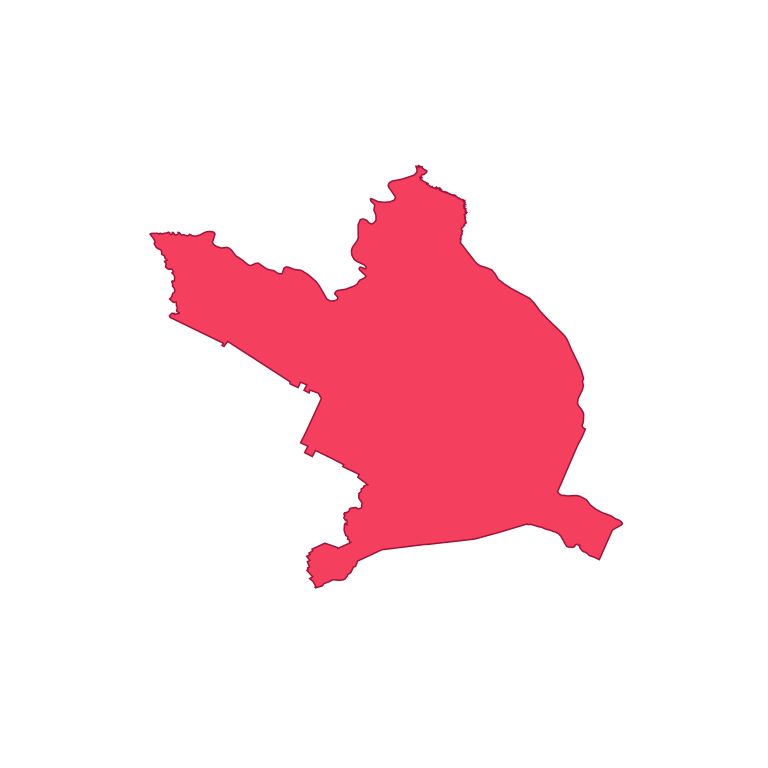 outline of San Francisco, Petén, Guatemala, rotated 114°
{"feature_id": "79465075B83427933273433", "entity_name": "San Francisco", "entity_type": "district", "adm_level": 2, "iso_a3": "GTM", "parent_name": "Guatemala", "parent_adm1": "Petén", "projection": "equal_earth", "projection_center": [-89.989, 16.624], "detail": "fine", "context": "isolated", "style": "filled", "palette": "rose", "viewbox_px": 768, "rotation_deg": 114, "n_neighbors": 0, "source": "geoboundaries", "source_scale": "gbopen_adm2", "svg_char_len": 6171}
<svg xmlns="http://www.w3.org/2000/svg" viewBox="0 0 768 768"><g transform="rotate(114 384 384)"><path d="M598.0,363.6L593.6,358.3L590.7,357.6L587.6,354.3L583.6,351.1L581.6,345.2L579.7,341.9L578.1,340.4L574.6,339.4L572.8,339.7L570.6,338.0L569.3,337.6L564.0,337.5L562.0,335.8L556.5,336.1L536.3,318.6L514.0,281.5L512.5,278.4L488.9,238.3L473.2,219.1L453.7,196.4L453.9,195.2L452.5,192.6L451.2,183.0L450.8,182.4L450.8,177.0L449.9,172.5L449.8,168.6L449.5,168.0L449.7,163.9L451.0,160.7L458.0,151.2L457.9,148.9L456.8,146.5L456.7,145.5L455.1,143.7L453.2,143.8L451.8,142.4L452.4,140.1L451.8,139.6L453.8,138.7L455.8,135.1L456.1,133.0L455.7,132.3L456.3,128.8L457.2,126.8L456.7,121.0L456.9,115.9L424.4,115.9L416.2,109.8L414.7,109.4L413.8,110.2L413.2,111.6L412.8,114.3L413.0,118.1L412.1,123.1L412.8,132.6L412.3,139.5L410.6,146.1L407.4,152.1L406.9,159.5L407.7,163.1L411.7,170.9L412.5,174.3L413.3,175.7L413.3,178.8L412.0,181.6L360.3,182.2L352.2,181.5L343.3,181.7L342.9,184.6L341.3,186.2L337.6,186.4L330.2,189.4L328.6,190.9L326.4,194.2L324.8,197.6L322.8,199.3L318.9,200.7L308.4,200.4L304.5,201.1L301.1,203.6L297.8,203.9L291.6,209.1L286.7,214.4L276.5,226.6L269.0,234.7L266.7,238.3L264.9,242.6L257.5,262.7L253.9,271.1L249.1,279.5L246.5,285.8L245.0,306.6L243.7,315.0L241.8,322.4L238.7,326.5L236.0,331.9L236.1,338.2L236.9,343.8L236.5,347.0L235.6,349.8L223.8,371.8L222.7,371.8L220.4,373.2L220.0,372.6L219.1,373.5L217.3,373.7L216.9,374.3L215.5,373.6L213.7,374.5L212.2,374.4L211.8,375.8L210.5,376.5L206.1,375.0L205.5,375.7L203.6,374.5L202.7,374.7L202.6,375.8L201.3,375.9L199.8,377.8L199.2,377.3L198.4,377.4L198.3,378.3L197.2,378.5L196.6,379.6L194.8,378.2L194.0,379.3L193.5,378.4L193.0,379.9L192.3,379.6L191.3,380.6L190.6,380.5L190.5,381.0L191.2,381.4L190.5,381.8L190.9,382.4L190.4,382.7L189.9,382.4L189.4,383.2L188.8,382.6L188.8,383.5L188.2,383.1L187.5,383.7L187.1,383.0L187.0,384.1L186.1,384.2L185.6,383.5L184.4,384.5L185.0,385.3L184.6,386.0L183.7,385.4L184.0,386.2L183.5,386.7L183.8,387.1L183.6,387.7L184.1,388.2L183.8,389.8L184.2,391.0L183.6,391.2L183.9,391.8L183.3,394.0L183.5,394.5L182.6,395.3L183.2,395.9L182.9,396.5L183.3,396.7L182.8,397.2L183.5,397.9L183.4,398.6L183.9,398.7L183.5,400.6L184.0,401.1L183.5,401.7L183.9,403.6L183.9,404.0L183.3,403.8L183.3,404.7L183.8,405.2L183.5,405.7L184.2,405.9L184.3,406.7L183.6,407.1L184.5,408.6L184.0,409.3L184.5,409.9L184.1,411.2L184.3,412.3L183.6,412.8L183.7,411.5L183.1,410.8L182.2,412.9L183.6,415.0L182.6,416.1L183.5,416.6L183.9,415.3L184.4,415.4L184.6,419.8L184.0,420.4L185.2,421.5L184.9,422.3L184.3,422.7L184.1,426.2L183.8,426.5L183.6,425.1L183.0,425.2L182.7,431.6L182.1,432.3L182.4,433.9L181.3,434.2L180.7,435.1L180.4,433.2L179.8,433.3L179.8,434.4L177.9,434.5L177.4,434.4L176.5,432.8L173.4,431.2L171.9,431.5L171.6,431.9L171.9,432.7L171.3,436.8L170.0,437.3L170.8,439.6L170.3,440.0L170.4,441.1L171.8,440.4L171.4,441.8L172.4,442.4L171.9,442.7L172.1,443.4L174.3,441.3L176.7,440.2L179.1,440.7L181.3,441.8L189.4,450.7L195.5,459.3L197.7,460.8L199.1,461.1L200.8,461.0L202.5,459.4L208.6,449.4L211.8,449.4L215.3,452.8L217.9,457.7L219.8,463.4L219.8,470.7L220.5,471.7L222.2,470.4L223.9,465.8L224.5,465.2L229.2,464.0L233.1,460.0L237.7,457.9L241.2,458.9L242.9,460.4L243.1,463.2L241.7,465.7L241.4,468.0L241.9,470.6L243.5,472.5L249.2,472.4L260.9,467.0L263.8,466.8L272.1,468.4L275.6,468.0L279.4,465.7L282.3,462.1L283.1,458.1L283.2,450.7L284.2,448.2L285.4,447.5L286.4,447.9L286.7,453.0L287.3,453.6L288.8,453.7L289.8,452.4L292.4,444.9L293.3,444.3L295.7,445.4L299.2,448.5L303.7,449.2L306.4,450.9L313.0,457.6L317.4,464.4L318.9,465.5L321.1,465.9L321.8,465.4L323.3,461.9L324.5,460.9L326.3,461.4L328.2,463.1L329.9,466.4L329.8,470.5L320.9,482.7L318.0,487.7L315.0,497.7L313.8,505.8L315.8,512.5L316.2,519.3L316.8,520.8L317.9,522.0L319.1,522.5L324.1,521.9L324.9,522.3L325.8,524.1L326.0,526.9L325.2,530.8L326.3,534.8L326.5,538.7L324.7,548.1L326.1,550.4L329.8,553.7L330.3,555.1L330.3,557.2L328.4,563.8L327.2,571.5L323.8,577.6L322.9,580.8L323.1,583.2L325.9,587.7L326.5,592.8L325.9,596.4L324.2,598.4L315.9,599.3L314.9,600.2L314.6,602.1L315.4,605.0L316.9,607.7L318.6,609.6L322.9,612.9L325.5,616.1L326.5,619.1L326.3,622.6L327.9,623.0L328.8,623.8L329.1,627.7L330.3,629.8L329.1,632.2L329.0,633.4L329.3,633.8L330.5,632.9L331.1,633.1L332.8,635.0L332.7,636.3L331.8,637.0L331.4,638.4L331.7,639.0L333.2,638.5L334.2,639.5L334.2,640.4L333.0,641.3L333.0,642.8L334.5,643.9L335.5,645.9L337.1,647.3L337.3,649.9L338.3,650.2L338.6,652.6L341.0,657.7L342.0,658.6L342.5,658.5L344.7,654.0L347.0,651.1L347.6,650.7L348.5,651.2L349.4,650.9L351.7,647.9L352.3,645.9L352.2,642.7L353.3,641.2L356.0,639.8L356.3,636.5L357.8,635.7L359.3,632.6L361.1,634.4L361.6,634.2L362.4,632.1L366.1,631.1L366.9,627.5L365.3,624.6L367.3,621.9L368.8,622.9L369.6,620.6L371.2,618.9L375.4,617.3L375.8,617.7L375.6,618.6L375.9,619.4L377.1,619.4L378.9,617.6L380.7,617.0L381.9,614.5L384.0,612.9L385.4,612.8L387.2,613.9L391.1,613.4L393.5,614.5L395.1,609.8L394.8,608.7L393.8,607.8L393.8,607.0L396.6,605.7L398.5,603.7L401.1,603.6L401.9,602.7L402.2,600.0L402.6,599.8L405.7,603.6L405.7,604.0L404.8,604.2L405.6,606.5L409.0,607.8L410.2,606.4L412.1,547.5L414.7,547.6L414.8,545.5L408.7,544.1L420.1,471.0L422.1,469.8L422.2,461.0L416.3,461.0L416.1,454.1L422.3,454.5L422.6,448.8L419.7,449.2L419.1,440.3L422.8,435.3L459.0,435.7L471.6,436.3L471.8,428.2L479.0,428.6L479.4,420.0L472.6,419.6L473.2,402.0L474.1,387.9L476.2,388.1L476.7,370.0L479.9,370.0L482.8,357.0L483.0,358.1L484.0,359.6L485.5,360.9L487.0,360.6L489.3,362.2L491.2,361.1L494.5,362.5L495.3,361.7L496.3,361.7L498.5,360.5L502.0,355.2L503.7,355.3L504.9,354.5L506.4,354.2L508.8,357.1L508.2,359.5L510.8,363.7L512.2,364.8L513.0,364.1L515.4,364.7L516.4,366.0L517.5,366.2L517.2,366.9L517.8,367.8L519.5,367.5L519.9,366.4L522.6,366.3L524.3,363.6L523.5,362.8L524.6,361.8L527.5,360.8L526.8,362.6L528.3,363.0L533.8,361.0L537.9,357.4L538.3,354.7L540.6,354.1L540.4,352.8L541.9,351.4L542.3,349.9L553.1,359.3L552.3,360.1L553.5,373.3L564.2,382.6L565.4,381.3L569.0,383.8L569.7,382.1L572.9,384.5L575.2,380.0L577.6,381.7L581.4,377.7L583.1,379.0L584.5,377.9L585.6,378.7L589.1,370.7L592.0,372.8L593.2,368.6L596.9,363.5L597.7,364.3L598.0,363.6Z" fill="#f43f5e" stroke="#9f1239" stroke-width="1.5"/></g></svg>